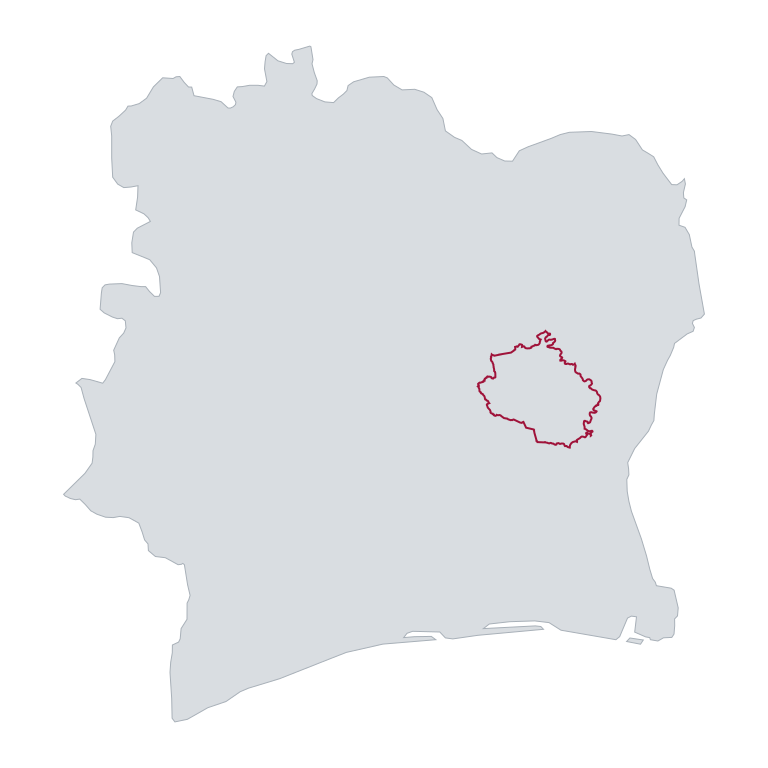 Iffou, N'zi-Comoé, Ivory Coast shown in context
{"feature_id": "98640826B12556457947993", "entity_name": "Iffou", "entity_type": "district", "adm_level": 2, "iso_a3": "CIV", "parent_name": "Ivory Coast", "parent_adm1": "N'zi-Comoé", "projection": "mercator", "projection_center": [-4.013, 7.499], "detail": "fine", "context": "in_parent", "style": "outline", "palette": "rose", "viewbox_px": 768, "rotation_deg": 0, "n_neighbors": 0, "source": "geoboundaries", "source_scale": "gbopen_adm2", "svg_char_len": 9607}
<svg xmlns="http://www.w3.org/2000/svg" viewBox="0 0 768 768"><path d="M128.0,106.1L131.2,106.0L139.2,103.6L146.6,98.2L153.4,86.9L162.7,77.8L173.1,78.5L176.1,76.8L179.8,76.5L184.2,82.4L188.5,87.0L191.7,87.1L194.0,95.7L213.0,99.3L221.1,101.7L228.0,108.0L230.3,108.1L233.2,106.8L235.5,104.6L235.9,102.2L233.0,96.5L234.3,91.4L237.3,86.9L242.2,86.6L249.6,85.3L258.1,85.3L264.4,86.1L266.9,81.6L264.5,68.8L265.1,61.7L266.1,55.7L268.5,53.3L277.9,60.8L286.5,63.5L292.7,63.7L294.4,62.3L291.8,54.1L292.5,51.7L294.7,50.2L298.8,49.4L309.8,46.1L310.9,46.7L313.0,59.6L312.0,63.8L314.3,72.6L317.2,80.7L317.0,84.0L314.6,89.0L311.9,93.6L312.2,95.5L316.5,98.6L324.9,101.9L333.6,102.6L338.4,97.9L343.4,94.1L346.9,90.6L348.1,85.6L353.6,81.8L369.3,77.2L383.8,76.5L387.3,77.9L393.8,85.0L402.1,89.9L414.7,89.3L423.9,92.2L431.8,97.6L437.1,109.7L442.9,118.5L445.4,130.9L454.6,137.4L461.8,140.4L471.5,149.4L481.6,154.0L492.0,152.9L496.9,157.6L504.7,161.0L512.5,161.2L519.3,150.8L528.3,146.7L551.2,138.4L560.2,134.6L569.4,132.3L591.4,131.5L611.9,134.1L622.0,136.0L629.0,134.6L635.6,139.5L642.4,149.9L648.0,153.2L653.7,156.8L657.9,164.9L662.9,173.0L665.6,176.6L671.7,184.6L677.0,184.8L682.2,181.3L684.4,178.7L685.4,184.0L683.4,192.6L683.8,197.9L686.7,199.9L685.1,206.7L679.1,218.3L679.0,225.2L685.0,227.3L689.3,234.6L691.9,247.0L694.4,251.2L694.7,253.8L699.0,283.9L704.4,314.1L701.0,318.0L696.3,319.2L693.2,320.6L692.4,323.4L694.4,327.5L693.1,331.3L687.2,333.9L674.5,343.4L673.7,347.3L670.3,355.4L667.5,360.4L663.3,369.6L656.7,394.1L654.3,414.3L653.9,420.5L651.4,424.9L648.5,431.1L634.7,448.5L627.7,462.6L628.6,468.8L628.9,474.9L626.8,479.4L627.2,491.3L628.9,501.3L631.4,511.2L641.4,538.9L646.5,555.8L649.8,569.3L652.6,578.5L655.3,582.2L656.4,585.7L671.2,588.2L674.1,590.2L678.2,607.9L677.5,615.9L674.6,618.9L674.7,625.7L674.0,634.1L671.8,637.4L663.5,637.8L657.9,641.0L650.4,639.7L649.7,637.6L645.7,636.9L634.7,632.1L636.5,616.8L631.4,616.1L627.5,618.1L619.7,636.6L615.9,639.7L561.0,630.2L549.0,622.6L534.7,620.9L509.8,621.7L489.3,624.0L483.4,628.6L535.3,625.9L540.8,626.5L543.5,629.3L477.9,635.3L452.8,638.9L445.4,637.9L439.8,632.0L412.6,631.3L407.0,633.3L403.7,637.6L414.4,636.7L431.3,636.4L435.8,639.7L382.9,644.1L346.3,652.4L330.7,658.5L279.6,678.7L248.4,688.2L240.2,691.7L226.0,701.5L207.8,707.7L187.4,719.3L174.9,721.9L172.1,718.2L171.7,698.6L170.0,672.4L170.7,662.3L172.3,652.8L172.4,645.0L178.6,642.1L180.2,638.8L181.1,628.6L187.0,619.3L187.1,603.1L188.8,599.7L190.1,595.4L187.6,584.8L184.4,564.7L182.8,563.4L181.4,564.3L178.1,564.7L165.3,557.7L155.4,556.5L148.4,550.6L148.0,543.9L144.6,539.9L142.2,532.1L138.8,523.1L129.0,517.7L119.8,516.4L113.3,517.6L105.6,517.2L96.9,514.2L90.8,510.8L85.1,504.3L79.8,499.1L75.5,499.7L70.4,498.5L65.3,496.1L63.6,494.3L84.9,473.4L92.1,463.2L92.9,457.0L93.0,450.7L95.3,444.2L95.9,434.4L84.1,398.6L81.1,387.5L77.9,384.3L75.9,383.0L81.9,378.4L90.1,379.6L102.7,383.2L105.4,379.7L114.9,361.6L114.7,354.9L113.7,350.2L119.3,337.9L123.7,333.1L126.0,327.9L125.3,320.8L121.9,318.2L117.5,318.7L112.3,317.0L104.2,312.9L100.1,309.3L101.4,292.9L102.2,287.8L105.0,284.9L109.4,284.1L121.9,283.6L132.0,285.5L140.8,286.6L145.6,286.6L149.4,291.4L154.5,296.4L159.0,296.3L160.6,292.7L159.5,276.5L156.5,267.9L149.7,259.7L132.2,252.6L131.8,242.8L133.5,232.1L137.3,228.2L150.4,221.4L148.1,217.7L143.9,213.8L135.7,209.9L137.6,197.1L138.0,185.7L131.0,187.0L123.8,187.6L117.7,184.1L112.7,177.2L111.7,158.1L111.7,136.0L110.7,126.3L112.7,121.1L118.9,116.3L125.6,110.1L128.0,106.1ZM643.3,640.0L640.5,644.2L626.6,641.5L629.9,638.0L643.3,640.0Z" fill="#d9dde1" stroke="#a8b0b8" stroke-width="1"/><path d="M479.5,391.2L479.8,391.6L480.9,392.4L480.9,393.0L481.1,393.3L481.5,393.6L482.6,393.9L483.3,395.1L484.2,395.9L484.7,397.1L485.0,398.9L485.2,399.4L485.6,399.6L486.0,399.6L486.8,400.6L487.7,400.8L488.3,401.5L488.5,402.4L489.2,403.2L488.7,403.4L488.1,403.7L487.6,403.8L487.0,404.3L486.8,404.8L487.0,405.4L487.4,406.3L487.7,407.4L488.2,408.1L489.9,409.9L490.6,411.6L490.5,412.2L490.5,412.5L491.0,413.1L491.5,413.4L492.8,413.7L492.9,414.3L493.7,414.7L493.9,414.7L494.0,415.3L495.1,415.8L495.6,415.8L496.0,415.5L496.4,415.4L496.7,414.9L497.1,415.1L498.6,415.2L499.4,415.0L500.6,415.4L501.3,416.1L504.0,418.1L505.3,418.3L505.5,418.4L506.2,418.4L506.6,418.6L507.3,418.6L508.1,419.3L510.5,420.1L510.8,420.2L511.4,420.0L512.4,420.1L513.1,419.6L513.7,419.5L520.2,422.6L520.6,422.7L521.1,422.7L521.6,422.9L521.8,422.9L522.6,422.2L523.4,421.9L526.1,427.7L533.8,429.5L534.1,430.0L534.0,430.8L534.3,431.9L534.4,432.8L536.2,439.2L536.4,440.0L536.4,440.9L537.1,441.2L537.4,442.1L544.4,442.4L544.7,442.1L545.2,442.1L546.0,442.6L547.2,442.7L548.3,443.2L549.4,443.4L549.9,443.2L550.1,443.0L550.4,442.9L551.2,443.0L552.2,443.6L552.9,443.5L553.5,443.7L554.5,444.5L555.8,444.8L556.4,444.5L556.7,443.5L558.4,443.1L558.8,443.2L559.5,443.8L560.0,443.9L560.7,443.8L561.2,443.5L562.6,443.5L563.3,443.6L564.1,444.1L564.6,445.6L565.0,446.1L566.6,446.0L567.5,446.9L568.1,447.2L568.9,447.3L569.4,447.6L569.8,447.6L569.8,446.2L570.2,444.9L571.3,443.2L572.7,442.1L575.3,441.3L575.9,441.4L577.0,441.9L577.1,441.4L576.8,440.1L577.1,439.8L579.9,438.1L581.1,436.9L581.7,436.6L582.8,436.6L584.2,437.0L584.8,437.3L585.3,437.2L586.0,436.5L586.6,435.4L587.1,434.9L586.8,434.2L586.2,433.7L586.1,433.4L586.1,433.1L586.5,432.6L587.0,432.6L587.9,433.3L588.7,433.7L589.6,433.8L590.1,434.0L590.8,435.0L590.8,435.7L591.2,435.4L590.6,433.7L591.6,432.2L592.5,431.6L592.4,431.1L592.1,430.8L591.0,430.9L590.8,431.0L590.7,431.4L590.2,431.5L589.5,431.4L589.1,431.1L588.4,431.0L587.9,430.8L586.0,429.3L585.3,429.1L584.8,428.6L584.6,428.6L584.6,426.8L583.7,423.9L584.0,421.7L584.1,421.2L584.4,420.9L585.2,420.9L586.1,421.4L587.0,421.5L587.4,421.7L587.7,422.0L587.8,422.9L588.1,423.2L589.6,422.6L590.1,422.2L590.8,420.1L591.2,419.4L591.6,418.0L591.0,416.5L590.1,415.7L589.9,415.2L589.7,414.1L589.8,413.0L590.2,412.4L591.3,412.2L592.6,412.6L594.6,412.8L595.6,412.5L596.3,411.9L596.6,411.4L596.5,411.2L595.4,411.1L594.7,410.5L593.7,410.2L593.2,409.1L593.3,408.8L594.5,407.0L596.0,405.6L596.2,405.9L596.4,405.9L597.1,405.2L597.3,405.0L597.8,405.0L597.8,404.7L598.3,404.7L598.4,404.1L598.0,403.3L599.1,401.7L599.7,401.4L600.0,401.0L600.3,399.0L600.4,398.3L600.1,396.5L599.0,395.1L598.0,394.5L597.4,393.7L597.1,392.9L597.1,392.5L596.9,391.9L596.2,390.9L595.6,390.5L594.0,390.2L592.3,389.6L591.8,389.3L591.0,388.4L590.4,388.1L590.1,388.2L589.2,387.2L589.1,386.6L589.4,385.8L590.1,385.6L591.0,384.9L591.6,384.2L592.0,383.6L591.6,382.3L591.6,381.3L591.1,380.5L589.3,379.3L588.3,379.3L587.7,379.4L586.9,379.8L585.8,381.0L585.5,381.1L584.5,381.4L584.0,381.2L582.9,380.2L582.8,379.3L582.3,378.3L580.6,376.1L580.5,375.7L580.6,374.9L580.4,374.4L579.6,373.7L579.1,373.5L578.3,373.7L577.9,373.6L577.2,373.1L576.1,372.5L575.9,372.2L575.4,371.8L575.1,370.7L575.0,369.0L575.4,367.8L575.4,367.3L575.2,366.9L575.7,366.0L575.1,364.4L574.8,364.2L574.7,363.8L574.0,364.5L573.6,364.7L572.9,364.7L572.7,364.7L572.2,364.1L571.9,364.0L570.8,364.1L570.1,364.4L568.2,363.6L567.5,363.6L566.5,364.0L565.8,364.0L565.2,363.9L564.7,363.0L564.8,362.5L565.1,362.2L565.4,361.7L565.4,361.2L565.2,361.1L563.8,360.4L563.2,360.3L562.5,360.3L561.2,360.7L560.8,360.7L560.3,360.6L560.3,359.9L560.8,359.5L561.3,358.8L561.7,358.7L561.9,358.1L562.2,357.7L562.0,357.3L560.4,356.4L560.0,355.8L560.4,354.4L561.1,353.7L561.6,352.8L561.4,351.5L560.5,350.8L559.9,349.6L559.5,349.2L558.5,348.9L556.9,348.8L556.5,349.1L555.8,349.1L554.2,348.4L553.5,347.8L550.5,347.7L549.4,347.5L548.7,347.1L547.9,347.0L547.5,346.8L547.4,346.4L547.5,346.0L548.1,345.6L549.0,345.6L549.9,345.3L550.8,345.3L552.1,344.8L552.8,344.3L553.0,343.9L552.9,343.4L552.9,343.2L553.8,342.5L554.9,341.4L555.2,340.6L555.0,339.7L555.0,339.1L554.9,338.9L554.2,338.8L552.3,339.5L550.7,339.8L549.7,339.6L548.9,339.7L548.0,340.4L546.7,341.6L546.3,341.6L545.9,341.4L545.7,341.2L545.1,338.7L545.6,337.5L546.0,337.1L546.7,336.8L548.0,335.2L549.7,335.0L550.1,334.5L550.1,334.0L550.0,333.7L549.6,333.6L548.7,333.6L548.0,333.5L546.5,331.9L545.8,331.7L545.5,331.1L545.1,331.5L543.6,332.7L542.8,333.0L541.1,333.4L540.2,333.9L539.4,334.6L537.8,335.4L537.1,336.1L537.2,336.7L539.2,339.0L539.4,339.2L539.8,339.2L540.6,339.5L540.3,339.9L540.3,340.8L539.9,341.3L539.8,341.7L539.8,342.5L539.6,343.3L538.7,344.5L538.0,344.9L537.1,345.0L536.5,345.2L535.7,344.9L535.1,344.8L534.6,345.6L533.4,345.8L532.6,346.4L531.4,346.7L531.3,347.6L530.9,347.9L529.6,348.3L527.1,348.4L526.0,348.2L525.5,348.1L524.9,347.5L524.4,346.6L523.8,346.3L522.0,346.9L522.2,345.4L522.1,344.9L521.8,344.7L521.4,344.7L520.7,344.3L520.3,344.4L519.5,344.3L518.9,345.3L518.1,346.1L517.8,346.7L517.4,346.8L516.7,346.4L516.0,346.7L515.1,346.9L515.3,348.9L515.2,349.6L514.2,350.1L514.0,350.5L511.0,352.6L500.2,354.4L500.3,354.5L494.4,355.7L493.8,355.3L493.3,355.4L492.5,355.1L491.7,354.4L491.6,355.0L491.8,355.0L491.0,356.7L490.9,356.9L491.2,357.6L490.7,358.9L491.0,359.6L491.0,360.2L491.5,361.2L492.0,361.5L492.6,362.5L492.7,363.2L493.4,364.5L493.4,365.6L493.7,367.0L493.6,367.5L493.9,368.2L494.2,370.0L494.1,370.9L494.2,371.2L495.0,371.9L495.1,372.6L495.3,372.9L495.4,377.1L494.9,377.6L494.0,377.6L493.1,378.5L492.9,378.3L492.3,378.4L491.6,378.2L491.3,377.2L490.8,376.9L489.4,376.6L488.7,376.8L487.7,376.4L487.5,376.5L487.2,376.6L487.0,377.1L486.6,377.3L486.5,377.8L486.0,377.8L485.3,378.6L484.8,378.7L484.7,379.7L484.3,379.9L484.3,380.1L484.5,380.7L483.6,380.9L483.7,381.4L483.6,381.6L482.6,382.1L482.3,382.0L481.4,382.3L480.6,382.7L479.7,382.6L478.9,383.1L478.1,383.9L478.2,384.4L478.7,385.0L478.1,386.0L478.8,386.0L478.8,386.9L478.5,387.5L479.3,388.7L479.5,391.2Z" fill="none" stroke="#9f1239" stroke-width="2"/></svg>